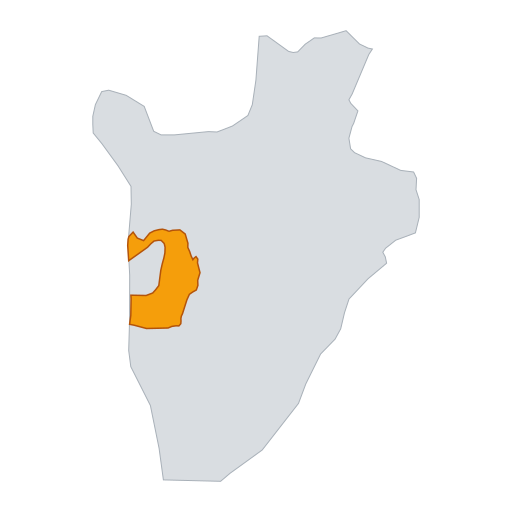 Bujumbura Rural on a map of Burundi (Natural Earth projection)
{"feature_id": "BDI-4854", "entity_name": "Bujumbura Rural", "entity_type": "Province", "adm_level": 1, "iso_a3": "BDI", "parent_name": "Burundi", "parent_adm1": "", "projection": "natural_earth1", "projection_center": [29.411, -3.493], "detail": "fine", "context": "in_parent", "style": "filled", "palette": "amber", "viewbox_px": 512, "rotation_deg": 0, "n_neighbors": 0, "source": "natural_earth", "source_scale": "10m", "svg_char_len": 1886}
<svg xmlns="http://www.w3.org/2000/svg" viewBox="0 0 512 512"><path d="M372.4,49.0L368.8,54.5L352.2,93.9L348.9,99.8L350.8,103.4L357.9,110.9L353.7,123.3L352.0,126.6L348.9,138.2L350.6,148.8L354.6,152.7L365.4,157.8L381.6,161.5L400.7,170.4L413.6,172.0L416.6,178.3L416.0,189.7L419.2,199.6L419.2,217.3L415.4,232.9L395.7,240.2L385.6,248.2L382.8,252.2L385.3,256.9L386.6,263.2L368.1,278.7L349.0,299.0L344.5,312.7L340.7,328.8L335.1,339.1L320.6,354.0L305.8,383.9L298.5,403.4L262.2,450.0L230.0,473.3L220.6,481.3L163.4,479.9L159.1,448.4L150.4,405.5L130.8,366.7L128.7,350.5L129.6,319.2L129.7,275.2L128.4,251.5L128.8,234.3L131.3,204.3L131.0,186.4L118.0,165.8L102.0,143.8L93.2,133.0L92.8,124.3L92.8,116.3L95.4,104.6L101.7,91.6L108.7,90.2L126.1,95.3L144.2,106.4L153.7,131.3L161.1,134.9L174.4,134.9L208.5,131.6L217.0,132.0L232.5,126.0L247.9,115.5L252.3,104.7L255.9,80.3L259.2,36.3L267.0,35.8L288.6,51.4L293.2,52.5L297.7,51.9L305.2,44.2L314.3,37.9L321.1,38.0L346.1,30.7L359.5,44.0L368.0,48.1L372.4,49.0Z" fill="#d9dde1" stroke="#a8b0b8" stroke-width="1"/><path d="M128.7,260.7L127.7,245.5L128.1,239.3L128.9,236.5L133.1,232.1L137.3,238.1L143.6,240.6L149.7,233.1L154.2,230.8L159.0,229.6L162.5,229.2L165.7,230.0L169.0,231.3L172.5,230.3L179.9,229.9L185.2,234.0L187.9,243.2L187.8,247.4L189.6,251.4L191.1,255.9L192.9,259.7L194.0,258.2L196.0,256.6L197.8,259.1L197.5,262.9L200.0,272.7L197.7,280.3L197.9,285.4L196.3,290.0L192.7,292.0L189.4,294.3L186.9,299.8L182.5,313.7L181.4,316.0L180.9,318.4L181.0,321.1L180.8,323.7L178.9,325.9L176.0,325.8L171.9,326.4L168.1,328.0L146.5,328.5L134.1,325.2L129.6,324.3L130.8,315.4L131.1,298.9L130.9,295.2L146.1,295.5L152.7,293.0L155.5,289.9L158.8,285.6L159.7,278.7L160.8,270.3L162.3,263.7L163.9,257.9L164.9,252.9L165.1,247.3L164.2,243.5L161.2,240.4L158.3,240.3L154.1,241.0L150.8,243.8L147.6,247.2L138.7,253.6L128.7,260.7Z" fill="#f59e0b" stroke="#b45309" stroke-width="1.5"/></svg>